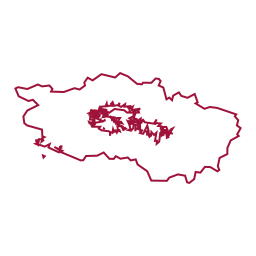 the district of Chepo, Panama
{"feature_id": "35544464B69999703107277", "entity_name": "Chepo", "entity_type": "district", "adm_level": 2, "iso_a3": "PAN", "parent_name": "Panama", "parent_adm1": "", "projection": "orthographic", "projection_center": [-78.725, 9.102], "detail": "fine", "context": "isolated", "style": "outline", "palette": "rose", "viewbox_px": 256, "rotation_deg": 0, "n_neighbors": 0, "source": "geoboundaries", "source_scale": "gbopen_adm2", "svg_char_len": 5942}
<svg xmlns="http://www.w3.org/2000/svg" viewBox="0 0 256 256"><path d="M227.4,147.9L230.7,140.4L238.7,136.0L237.2,134.4L240.6,128.1L236.9,125.4L238.2,120.2L234.8,116.3L236.2,114.4L217.1,107.9L209.8,107.0L204.5,108.8L195.6,103.4L197.6,102.3L194.7,94.0L187.5,97.8L181.3,95.9L178.9,92.4L173.2,95.6L172.0,100.2L169.3,97.6L166.5,99.3L163.3,87.5L158.7,85.5L160.6,81.1L158.9,78.9L155.6,78.5L151.4,82.8L143.0,82.7L141.9,84.3L137.0,83.8L127.8,76.3L120.1,73.1L115.2,77.5L101.4,74.2L92.6,80.4L87.7,77.7L84.3,82.5L85.0,85.5L79.6,89.5L74.5,88.2L63.8,92.0L51.1,91.6L52.4,88.9L49.4,85.5L42.1,86.4L37.9,84.5L27.4,89.0L18.1,87.2L15.4,88.5L18.7,96.3L28.5,101.0L32.9,99.8L38.2,105.1L27.3,110.5L23.4,116.5L24.3,123.1L27.0,125.4L42.0,129.6L42.4,136.3L44.4,137.1L42.2,138.2L43.3,140.4L41.6,141.6L42.2,139.6L39.2,139.1L38.2,143.5L38.0,140.0L36.1,140.4L37.3,144.3L36.4,143.6L35.7,143.8L39.2,145.4L37.8,144.2L44.8,146.6L49.7,144.1L48.5,147.5L59.0,152.4L60.4,150.7L54.4,146.9L59.6,149.7L59.7,148.1L60.7,147.8L60.4,147.6L60.0,146.8L60.7,146.3L61.4,146.4L59.8,149.8L62.3,150.8L60.4,151.9L80.8,160.4L83.3,160.2L86.1,156.0L97.1,155.7L103.7,152.5L109.4,158.8L113.7,158.9L115.8,156.2L120.5,158.7L127.8,157.5L130.7,160.4L135.7,159.4L137.6,164.5L147.2,171.2L151.3,180.6L166.9,180.8L169.3,177.6L177.9,174.4L185.1,175.7L187.1,182.3L189.3,182.9L194.2,179.1L195.6,172.0L200.4,172.6L204.9,166.9L210.4,167.1L217.4,171.3L219.3,169.9L217.8,166.2L219.6,157.9L227.3,154.1L227.4,147.9ZM110.4,132.1L110.0,135.8L110.0,131.9L109.0,131.3L101.5,130.3L98.8,128.6L100.1,126.8L92.1,126.7L91.0,124.2L91.9,123.4L89.5,123.3L89.0,121.9L92.1,123.1L93.5,125.3L94.9,124.3L95.1,123.1L93.2,124.0L92.6,121.3L93.4,119.5L90.0,119.5L90.7,114.7L88.5,113.4L90.5,112.6L91.8,114.5L90.9,112.0L91.7,111.8L91.3,111.2L91.8,111.1L91.1,110.3L91.3,110.0L93.0,110.7L92.2,114.9L94.3,110.3L96.4,110.6L96.1,113.8L98.0,111.7L99.2,112.9L98.4,110.9L99.2,108.6L100.0,112.5L100.8,109.2L103.1,110.6L100.8,113.4L103.2,112.0L103.0,112.8L103.6,112.7L103.2,113.1L103.6,113.3L103.6,114.5L104.2,115.5L103.1,116.2L102.8,117.1L104.3,116.9L105.4,109.8L100.5,108.6L100.9,106.7L106.8,106.2L106.0,105.2L106.7,103.4L107.1,105.7L112.5,105.8L111.1,103.8L112.6,102.1L114.0,105.7L118.3,105.1L119.5,102.8L118.9,105.8L121.2,106.9L125.0,104.2L124.5,106.7L131.4,106.0L128.7,106.7L128.1,107.5L129.2,109.0L132.7,106.7L131.5,110.1L140.3,108.6L136.3,110.9L138.3,110.3L139.0,112.5L135.8,112.6L134.1,116.8L132.2,117.6L136.7,119.2L137.3,122.6L138.5,120.2L140.7,118.6L140.4,121.6L143.1,119.8L144.9,122.3L154.8,123.8L154.3,122.9L156.7,119.4L154.9,122.9L160.8,123.5L158.3,126.0L161.4,126.4L160.5,129.5L162.2,127.1L166.3,127.0L168.9,133.5L170.6,129.5L172.7,128.4L170.2,132.5L172.8,133.8L170.0,132.9L168.3,136.3L168.3,134.8L167.5,133.6L167.4,132.7L166.8,137.0L166.2,132.5L164.9,133.2L164.0,132.3L163.2,135.0L162.5,135.6L163.2,134.3L161.4,133.8L162.4,132.8L160.9,132.6L160.3,132.8L159.2,141.6L156.7,143.8L156.9,140.7L155.0,140.9L156.4,132.7L154.0,135.0L151.4,132.0L151.1,135.1L148.9,133.8L150.1,136.2L149.5,136.8L148.1,134.3L146.2,134.8L148.2,133.5L146.8,132.3L149.5,131.9L146.7,131.4L148.5,130.3L147.3,125.6L143.2,133.8L140.0,133.0L142.7,129.8L140.3,131.4L139.9,124.0L142.7,121.2L140.6,122.1L138.4,121.5L138.2,123.6L139.5,122.8L140.3,123.2L137.7,124.6L138.4,129.2L136.2,128.4L135.2,131.1L135.8,125.0L133.7,124.1L133.2,128.3L131.0,130.7L128.4,130.1L130.5,128.9L129.4,125.0L131.1,124.0L129.1,124.1L127.8,121.3L130.7,122.9L129.9,121.2L136.7,122.5L134.1,120.9L135.1,119.7L132.4,120.4L129.3,118.3L133.4,116.3L133.7,112.6L127.1,112.6L124.1,110.2L114.6,109.0L109.1,112.8L105.8,110.8L107.4,113.0L104.8,114.4L107.7,115.0L106.8,116.5L115.8,117.6L112.7,118.5L112.5,120.2L112.3,120.4L114.2,119.8L115.5,120.5L115.0,121.1L115.5,121.5L117.1,118.0L120.0,118.0L117.4,122.3L121.0,121.7L122.2,123.4L118.2,122.4L119.3,125.2L122.5,126.4L124.3,128.5L125.0,127.9L126.0,128.7L123.3,130.0L121.5,126.4L117.4,126.1L117.9,130.1L119.3,130.0L119.6,130.3L119.9,131.3L118.2,130.4L116.9,132.6L115.3,129.5L115.9,131.5L114.2,131.8L113.1,129.0L112.4,132.9L110.4,132.1ZM167.3,136.5L168.1,137.3L167.0,137.7L167.3,136.5ZM163.1,134.5L162.1,134.4L163.0,134.3L163.1,134.5ZM161.9,135.2L161.7,135.5L161.4,134.8L161.9,135.2ZM94.5,117.5L94.5,122.9L104.2,121.2L100.5,120.6L100.7,118.5L100.2,120.1L94.5,117.5ZM94.9,112.0L93.6,114.6L94.9,114.0L94.4,116.1L91.0,116.3L92.5,117.2L93.0,116.5L95.0,117.2L96.2,116.3L97.2,116.7L94.9,112.0ZM164.4,130.0L161.3,130.6L161.3,131.2L164.5,131.2L165.2,132.4L165.8,131.7L164.5,130.7L164.4,130.0ZM136.0,111.0L133.2,110.4L133.2,111.0L136.0,111.0ZM44.7,156.2L43.0,155.5L43.5,157.5L44.7,156.2ZM167.5,130.4L164.7,129.9L167.2,131.6L167.5,130.4ZM114.9,121.2L113.6,120.6L114.0,121.7L114.9,121.2ZM130.2,111.9L129.5,111.2L129.3,111.8L130.2,111.9ZM106.5,116.6L106.0,115.3L105.4,116.6L106.5,116.6ZM107.0,110.4L105.9,109.7L105.6,110.3L107.0,110.4ZM117.9,125.6L117.4,124.4L117.3,125.0L117.9,125.6ZM99.2,115.9L98.3,116.1L98.9,116.4L99.2,115.9ZM112.4,119.9L111.5,119.1L112.0,120.1L112.4,119.9ZM103.5,113.6L102.7,113.7L103.2,114.3L103.5,113.6ZM104.0,128.6L103.8,128.4L103.4,129.1L104.0,128.6ZM116.3,122.9L115.5,122.7L115.8,123.4L116.3,122.9ZM97.1,117.5L96.2,117.0L96.6,117.7L97.1,117.5ZM112.5,117.7L111.6,117.2L111.9,118.2L112.5,117.7ZM104.6,120.1L104.1,120.5L104.7,120.4L104.6,120.1ZM163.0,128.4L163.1,127.9L162.4,128.4L163.0,128.4ZM97.8,116.9L97.6,116.1L97.3,116.9L97.8,116.9ZM132.2,122.3L132.4,121.8L132.0,121.7L132.2,122.3ZM98.9,114.1L98.1,113.9L98.2,114.3L98.9,114.1ZM99.3,116.4L100.0,115.7L99.5,115.9L99.3,116.4ZM92.2,117.8L92.3,117.4L92.1,117.2L92.2,117.8ZM97.8,115.2L97.4,114.8L96.9,115.3L97.8,115.2ZM118.5,124.2L117.5,124.0L118.0,124.3L118.5,124.2ZM97.6,113.9L98.1,113.3L97.3,113.7L97.6,113.9ZM163.2,132.0L162.7,131.7L163.3,132.6L163.2,132.0ZM93.4,118.2L93.8,117.4L93.6,117.3L93.4,118.2ZM98.0,115.1L97.6,114.2L97.4,114.7L98.0,115.1ZM111.1,117.9L111.0,117.3L110.3,117.4L111.1,117.9ZM166.7,132.0L167.0,132.0L166.9,131.6L166.7,132.0Z" fill="none" stroke="#9f1239" stroke-width="2"/></svg>